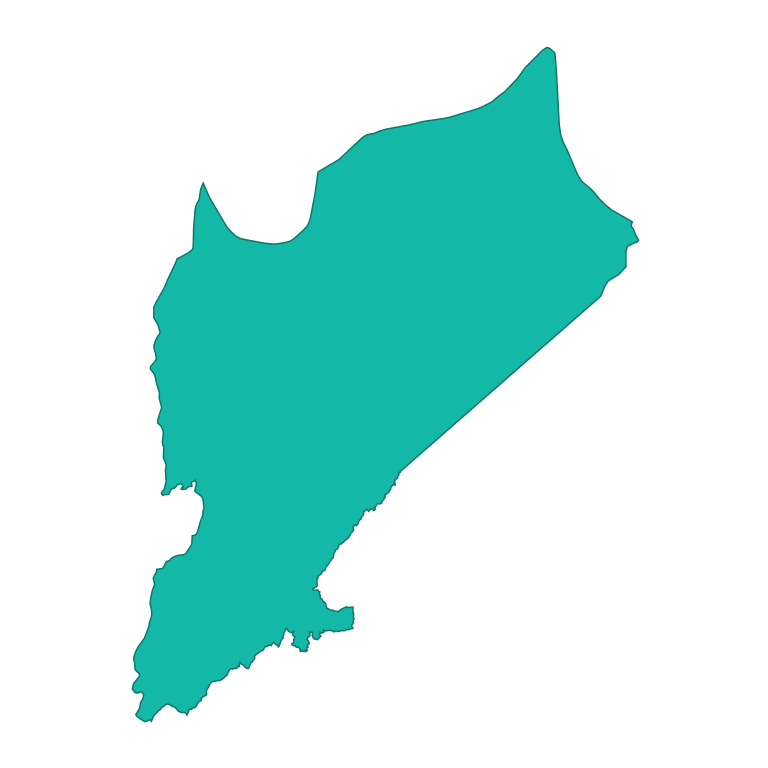 Bualapha, Khammouan, Laos (Albers equal-area conic projection), rotated 89°
{"feature_id": "54806243B82377713639337", "entity_name": "Bualapha", "entity_type": "district", "adm_level": 2, "iso_a3": "LAO", "parent_name": "Laos", "parent_adm1": "Khammouan", "projection": "albers", "projection_center": [106.234, 17.341], "detail": "fine", "context": "isolated", "style": "filled", "palette": "teal", "viewbox_px": 768, "rotation_deg": 89, "n_neighbors": 0, "source": "geoboundaries", "source_scale": "gbopen_adm2", "svg_char_len": 6159}
<svg xmlns="http://www.w3.org/2000/svg" viewBox="0 0 768 768"><g transform="rotate(89 384 384)"><path d="M717.5,629.2L715.8,624.1L715.9,623.5L717.2,622.5L712.7,620.5L710.1,618.6L708.5,616.7L707.3,616.0L706.3,614.0L703.1,611.3L702.7,610.2L700.2,607.3L700.5,604.8L700.9,603.7L702.7,601.4L702.5,600.5L704.0,598.2L707.8,595.0L709.0,591.9L708.8,589.5L710.1,587.3L711.5,586.7L705.7,584.2L706.0,582.3L704.2,580.2L704.2,578.4L698.4,574.7L697.3,572.3L695.9,572.4L693.7,570.8L692.0,567.2L691.2,566.8L687.0,566.8L683.3,564.2L681.7,563.9L678.8,561.3L678.3,560.0L678.4,557.8L677.6,556.0L677.8,554.0L676.6,551.1L673.9,547.9L673.3,547.8L672.4,546.0L670.6,545.6L670.2,545.0L669.0,545.0L668.6,544.2L666.3,543.1L666.0,541.4L666.5,540.3L665.8,539.3L665.8,536.7L665.6,536.1L664.7,535.8L663.9,534.9L664.3,534.2L664.0,533.6L660.6,533.4L659.7,532.9L661.0,532.5L661.2,531.6L661.8,531.2L662.3,529.5L664.6,528.1L665.9,526.2L666.2,524.6L664.5,523.6L660.3,522.0L659.5,520.2L658.3,520.1L656.7,518.3L655.7,518.0L654.4,518.3L653.2,517.7L649.0,511.9L648.0,509.5L644.3,507.4L644.7,505.8L643.8,505.0L643.7,504.3L643.0,503.4L643.6,501.5L640.3,499.1L640.6,498.2L641.9,497.4L643.0,496.1L643.3,494.9L644.6,494.3L645.5,494.6L644.3,493.5L638.2,491.1L637.1,490.3L636.5,489.3L634.7,489.5L632.7,488.5L631.3,488.5L630.1,487.7L628.4,487.3L626.9,486.0L626.9,485.2L628.5,484.7L629.0,483.9L630.1,483.2L631.0,480.5L629.9,478.7L632.8,479.7L633.7,479.4L635.3,477.5L637.8,478.6L640.4,478.8L641.4,479.3L641.9,480.6L643.3,480.6L644.1,479.1L643.9,477.5L645.7,476.2L645.5,474.6L646.2,473.6L647.7,472.5L649.4,472.6L649.9,472.2L649.8,469.3L648.9,467.7L650.3,467.3L649.3,465.3L646.6,466.0L645.7,464.6L644.9,464.7L644.5,465.3L643.0,464.7L642.5,463.3L640.0,463.8L637.5,465.5L636.4,464.9L634.6,462.4L630.6,462.8L631.3,461.6L630.7,460.7L631.0,460.2L631.9,459.8L634.2,460.2L636.6,459.2L638.1,457.6L637.7,456.5L638.5,454.9L636.4,453.1L635.3,451.5L633.0,453.0L631.1,452.2L632.1,451.3L631.3,448.6L630.4,448.5L629.2,449.4L628.7,448.8L629.7,447.6L630.0,446.8L629.2,442.6L629.8,441.1L629.7,440.0L631.0,438.2L630.1,436.6L630.7,433.5L629.8,431.0L630.0,428.0L628.7,425.1L629.2,423.4L628.6,422.5L627.7,419.4L625.3,420.7L622.0,418.7L620.4,419.0L618.3,418.0L616.1,418.8L613.9,418.3L610.3,419.1L606.5,418.9L606.8,423.7L606.4,424.7L606.4,426.3L609.0,431.7L610.8,433.6L610.1,437.9L609.4,438.5L609.2,441.2L606.9,445.2L602.2,446.3L600.1,448.7L598.2,449.6L597.0,451.4L593.5,451.6L593.2,452.2L592.4,452.3L590.8,451.8L590.5,452.6L588.6,454.1L589.1,458.2L588.7,458.6L587.8,458.6L586.6,457.9L586.8,457.1L586.0,456.6L585.8,455.3L584.4,454.2L579.3,454.5L577.2,454.0L576.6,453.3L574.6,453.1L574.2,451.9L572.7,450.0L570.2,448.9L569.3,446.6L568.5,445.9L566.6,445.6L562.4,442.1L561.0,441.5L559.5,440.1L557.9,439.3L556.9,437.9L552.7,437.0L550.7,435.9L549.2,435.6L548.7,434.2L547.7,433.1L546.7,433.1L545.7,432.2L543.6,431.5L543.1,429.4L542.1,428.0L539.5,425.5L538.9,424.3L537.1,422.4L534.7,420.5L533.0,420.0L529.9,417.0L528.4,417.0L526.7,417.9L526.1,416.7L524.4,416.2L524.2,415.7L525.2,414.1L523.2,412.3L520.1,411.4L518.6,409.4L516.3,408.5L514.5,407.0L513.1,406.5L511.0,406.8L510.5,404.9L509.1,403.8L509.3,403.1L511.1,401.7L508.6,399.3L508.8,398.4L510.4,396.4L509.1,394.8L507.3,396.1L507.2,394.8L504.1,393.4L503.5,391.9L503.8,391.2L503.7,389.5L502.8,388.2L501.8,388.2L500.7,387.5L499.6,386.2L498.3,386.2L497.7,384.8L496.2,384.9L495.1,385.4L494.6,384.0L492.4,381.2L489.1,379.2L487.2,378.9L484.8,376.5L485.2,374.5L484.4,374.6L483.8,375.7L482.9,374.8L480.7,375.1L478.0,372.0L477.0,372.2L475.8,371.0L473.2,370.4L472.6,370.0L472.6,369.3L471.7,369.2L299.9,165.7L290.5,161.7L285.1,158.2L278.4,147.2L270.9,140.0L256.2,139.9L250.9,138.3L248.0,133.0L246.4,128.5L245.2,127.0L243.9,127.3L239.3,129.8L233.8,131.8L230.6,134.0L229.4,134.0L226.2,132.9L214.0,153.3L208.8,159.6L202.4,165.7L196.5,170.1L192.4,174.1L185.7,181.7L183.8,183.4L177.9,186.9L152.6,197.1L146.6,200.1L138.1,203.0L127.2,204.3L73.0,206.2L57.2,207.3L55.8,207.6L51.3,212.4L50.5,214.6L50.6,215.7L53.0,219.6L69.7,236.9L81.2,245.6L93.8,258.1L98.3,264.5L103.8,271.2L108.8,281.5L110.5,285.9L118.3,313.2L119.4,318.6L122.2,340.2L125.5,354.8L129.0,376.4L131.3,384.8L133.1,389.1L134.4,396.5L137.0,401.0L158.7,425.0L170.8,446.2L193.5,449.8L217.6,454.9L223.1,457.1L225.5,458.7L229.7,462.9L237.3,471.7L239.4,475.1L240.2,477.6L241.6,485.0L242.2,491.4L241.8,495.5L240.9,502.1L237.2,520.4L236.1,524.7L233.9,529.1L229.3,534.1L223.9,538.6L194.7,555.1L179.9,561.3L186.4,564.0L196.5,565.6L199.3,567.4L203.7,569.2L207.4,569.9L223.0,571.5L243.9,572.4L246.1,573.2L249.7,577.7L255.2,588.6L260.3,590.7L275.7,598.4L283.2,601.6L298.2,610.4L303.3,612.8L313.9,613.0L321.0,608.9L328.3,607.0L330.1,607.6L331.9,609.2L336.3,611.6L342.0,613.5L344.9,613.1L349.8,611.8L353.7,611.3L355.9,611.6L357.8,612.8L361.6,616.5L363.5,617.4L365.0,617.3L369.6,613.8L372.7,612.7L379.7,611.3L388.9,608.7L394.1,609.0L403.6,606.7L414.9,610.5L419.1,611.0L422.0,607.7L426.2,605.9L429.9,605.5L438.0,606.6L441.4,606.1L443.3,605.2L453.8,605.9L459.4,603.6L461.7,603.2L466.6,604.1L477.6,603.5L485.7,605.7L487.9,607.8L489.4,608.4L490.5,608.2L491.6,607.0L490.7,605.5L490.8,602.8L490.4,601.1L486.6,599.2L485.6,598.2L484.8,597.2L484.3,595.1L482.4,593.3L481.3,592.9L480.1,588.8L481.3,587.6L483.6,586.4L484.3,588.3L485.0,588.7L485.6,588.6L486.0,587.2L485.5,584.0L483.2,581.2L483.0,578.0L481.5,577.7L480.4,578.6L478.6,577.9L478.1,575.7L476.8,574.6L479.1,573.5L481.0,573.4L487.5,575.1L488.3,574.7L493.3,568.3L496.3,567.0L504.3,566.1L507.5,567.1L512.3,567.5L517.2,569.6L529.2,573.3L531.1,574.5L531.9,575.7L532.4,578.4L539.7,578.9L541.4,579.3L550.2,585.2L551.1,586.8L551.7,592.6L552.5,595.6L554.5,599.7L557.0,601.7L557.6,604.6L564.6,608.5L565.3,614.4L568.2,615.0L573.4,617.9L574.5,618.0L580.4,616.9L586.9,619.4L596.1,621.4L599.8,621.7L605.8,620.4L609.7,620.2L612.4,620.6L618.8,622.8L622.0,623.2L633.8,627.9L641.9,634.0L647.5,637.1L652.1,638.7L654.9,638.9L658.2,638.3L664.7,637.9L666.5,636.8L669.5,633.5L672.0,633.7L679.2,639.6L684.3,641.0L687.5,639.1L688.7,637.0L688.6,635.3L687.6,632.9L688.2,631.3L689.8,630.1L691.3,629.7L694.4,630.6L698.4,633.0L703.8,633.9L710.2,637.9L711.4,637.3L713.2,635.3L717.5,629.2Z" fill="#14b8a6" stroke="#0f766e" stroke-width="1.5"/></g></svg>